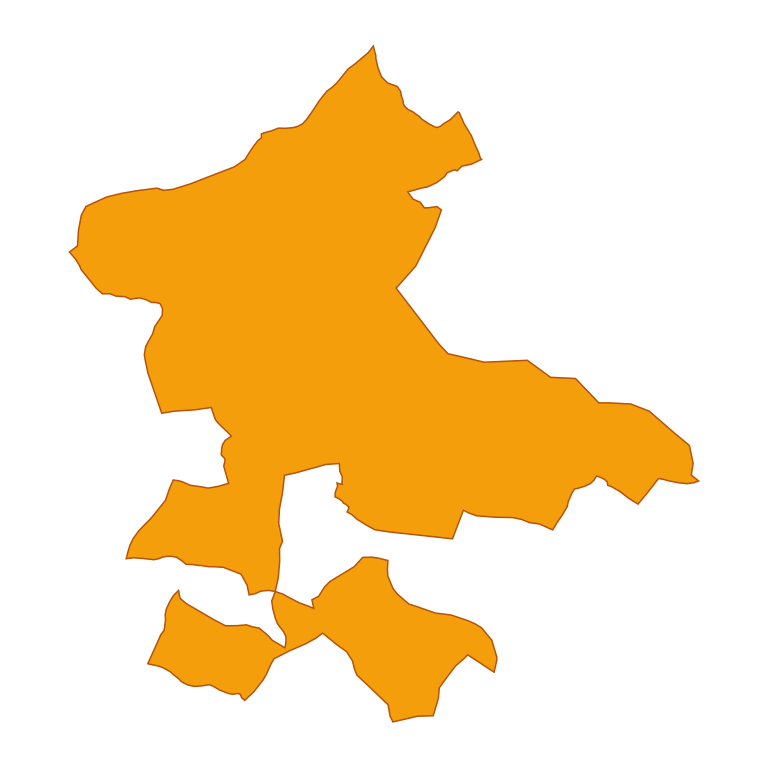 the district of Nkwerre, Imo, Nigeria
{"feature_id": "59680162B31302026198632", "entity_name": "Nkwerre", "entity_type": "district", "adm_level": 2, "iso_a3": "NGA", "parent_name": "Nigeria", "parent_adm1": "Imo", "projection": "orthographic", "projection_center": [7.107, 5.761], "detail": "fine", "context": "isolated", "style": "filled", "palette": "amber", "viewbox_px": 768, "rotation_deg": 0, "n_neighbors": 0, "source": "geoboundaries", "source_scale": "gbopen_adm2", "svg_char_len": 4666}
<svg xmlns="http://www.w3.org/2000/svg" viewBox="0 0 768 768"><path d="M373.3,46.1L368.1,52.8L355.2,63.7L348.0,69.1L336.6,83.2L331.4,87.9L326.8,91.2L319.0,101.1L314.4,108.3L307.0,119.0L302.5,123.9L298.1,126.2L293.2,127.6L285.7,128.3L278.5,128.1L272.1,130.6L263.9,132.9L261.3,134.0L261.5,137.8L258.2,140.3L253.8,145.9L250.6,150.5L245.0,159.5L234.2,166.9L190.2,183.9L172.9,189.3L163.6,190.3L156.8,188.1L136.3,190.8L121.3,193.4L106.6,197.0L86.0,206.4L81.3,215.3L78.5,230.2L77.5,245.8L73.6,248.9L69.4,252.0L75.4,258.9L79.6,265.8L81.1,269.5L96.3,288.4L102.5,293.8L110.2,293.8L115.9,296.1L125.0,296.7L130.4,299.2L134.5,298.6L139.6,297.9L145.0,299.3L151.6,302.4L156.4,302.6L160.0,303.6L162.5,308.5L162.2,315.5L154.8,326.5L152.5,334.1L149.5,339.4L145.7,346.4L144.3,354.8L145.2,360.1L148.0,373.4L152.5,386.4L161.7,413.2L175.0,411.1L195.2,409.8L211.3,407.5L214.2,416.4L215.6,420.0L218.3,423.2L222.5,427.4L226.3,431.0L229.3,433.9L231.3,436.3L225.2,440.3L222.5,444.7L221.7,448.4L221.5,451.7L221.2,454.8L222.4,456.1L224.8,458.7L225.0,461.2L223.7,466.0L228.6,483.3L218.5,486.3L208.1,488.1L201.3,486.8L190.0,485.2L182.4,481.8L178.4,480.7L173.2,480.0L169.3,489.2L165.5,500.3L155.4,512.9L150.5,518.8L145.3,524.0L138.7,530.9L133.0,538.8L129.9,545.4L127.8,552.4L126.2,558.7L133.7,557.8L142.9,558.5L154.0,559.7L158.8,558.7L162.7,557.1L167.1,556.3L171.9,556.3L176.6,557.3L181.1,560.2L186.2,564.4L192.1,564.5L198.3,565.4L201.5,565.6L208.8,566.7L215.0,566.8L223.3,567.3L241.1,574.2L247.1,585.1L249.1,594.9L255.2,593.7L261.1,591.1L268.6,590.4L275.3,591.5L278.3,577.6L279.7,561.3L279.5,548.6L282.5,541.3L278.7,523.3L279.4,509.3L282.5,492.9L284.5,475.3L295.7,472.9L308.0,469.4L322.4,465.5L325.4,464.5L339.3,463.5L339.8,471.4L340.9,473.5L342.0,475.9L342.2,477.2L342.1,480.6L341.9,483.2L342.2,484.3L339.9,483.9L337.0,483.0L337.6,486.3L336.3,489.4L335.2,492.7L335.0,496.8L339.7,499.2L342.5,501.4L343.5,503.2L345.9,504.3L348.9,507.0L348.4,509.2L347.1,512.0L351.7,514.5L356.8,519.1L366.5,525.2L374.7,529.7L384.0,531.2L392.4,532.3L452.5,538.8L463.4,510.2L468.6,512.9L476.7,515.8L494.8,517.2L513.0,517.6L521.8,519.5L529.4,522.6L539.4,524.0L552.7,529.9L557.3,522.3L562.4,514.9L567.1,506.9L568.3,501.6L571.9,493.1L574.5,489.0L577.6,488.4L584.5,486.3L589.8,483.9L593.7,480.6L596.6,476.0L600.2,477.3L604.6,479.4L607.3,482.0L607.7,485.3L611.6,486.7L620.2,491.7L628.7,498.3L638.0,504.1L647.7,492.5L658.4,478.6L662.6,479.2L669.2,480.9L677.6,482.6L686.9,483.7L693.9,482.7L698.6,481.0L691.3,475.0L693.1,463.2L689.4,445.5L673.5,432.3L649.3,411.2L630.8,404.0L609.7,402.9L598.8,402.9L575.5,378.5L550.5,377.3L527.3,360.3L484.4,362.2L448.0,353.7L438.8,343.9L396.1,288.1L401.9,281.7L415.9,265.8L435.3,227.3L441.4,209.9L436.9,206.6L428.6,207.7L424.4,207.9L419.8,201.8L417.2,201.0L412.9,199.0L407.7,191.9L414.7,190.0L420.8,188.2L427.3,187.0L436.7,182.6L444.5,176.7L447.1,172.8L454.3,169.8L457.2,170.8L461.8,166.2L471.6,164.1L481.6,159.4L480.3,158.0L478.9,153.2L475.2,145.2L471.4,135.7L464.2,123.9L459.2,112.6L458.0,111.9L454.0,116.0L449.9,119.9L444.0,123.4L441.2,125.8L437.3,127.5L435.0,127.0L429.0,123.9L422.4,119.6L419.3,116.5L415.6,113.9L413.5,112.2L407.9,109.3L405.0,106.6L403.7,104.8L402.9,100.6L401.2,95.3L400.7,91.6L397.3,86.5L387.5,82.9L381.5,76.8L378.0,67.8L375.8,58.4L375.9,55.9L374.5,50.7L373.3,46.1ZM147.8,663.7L154.0,665.2L157.8,665.9L162.3,667.4L165.4,669.0L170.4,671.8L173.7,674.9L178.8,678.8L181.1,681.5L184.8,683.5L188.6,685.2L194.4,686.4L200.8,686.0L209.6,684.7L213.3,686.3L219.9,690.2L228.6,693.5L232.6,694.3L237.9,693.5L240.4,694.5L241.6,697.6L244.6,700.4L253.6,692.1L263.3,679.7L266.3,674.5L271.0,664.0L274.0,658.8L288.9,651.1L305.6,643.8L315.9,638.2L322.6,633.1L337.4,645.1L346.6,651.7L352.4,660.7L354.7,669.6L356.9,675.1L368.1,685.6L388.1,704.8L390.0,716.0L392.9,721.9L417.6,716.2L433.2,715.8L438.4,698.2L439.3,687.8L446.6,677.7L455.6,665.9L463.8,658.8L467.7,654.8L494.1,672.2L495.6,665.7L496.8,660.2L496.9,657.4L494.6,649.6L491.8,640.2L481.4,627.7L475.2,623.9L468.0,620.7L461.4,618.5L451.1,615.0L440.1,613.6L435.3,613.1L416.1,606.3L409.0,604.1L397.6,594.3L393.0,588.6L387.8,576.0L387.4,569.3L387.9,560.5L378.0,558.0L372.1,557.2L362.7,557.4L354.2,566.7L329.9,581.5L324.3,587.3L318.8,596.1L311.9,599.8L313.8,608.4L308.7,606.3L299.0,602.7L289.4,597.7L283.1,594.2L275.3,591.5L271.7,601.0L272.9,609.2L275.2,617.9L277.4,623.5L280.6,627.9L283.6,631.7L285.9,636.6L286.0,641.5L285.0,647.8L272.6,640.5L266.2,633.9L259.1,628.1L252.0,626.7L246.4,624.8L237.8,625.6L225.6,625.8L214.2,619.9L186.1,603.5L180.0,598.2L178.6,590.4L173.5,595.5L169.5,602.1L166.2,609.4L165.2,614.7L165.5,620.3L164.8,625.7L164.1,630.4L160.9,634.5L159.1,638.6L147.8,663.7Z" fill="#f59e0b" stroke="#b45309" stroke-width="1.5"/></svg>